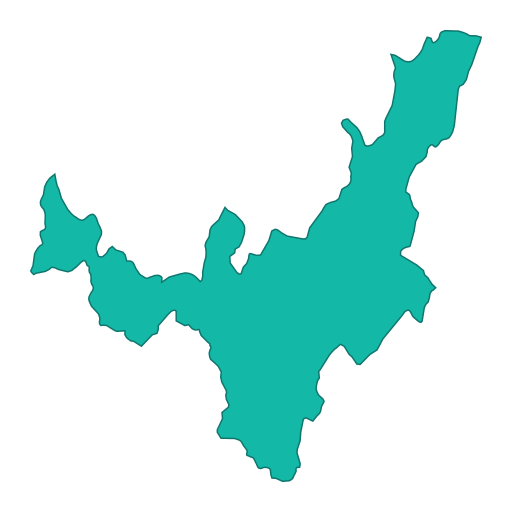 the Department of Boyacá
{"feature_id": "COL-1315", "entity_name": "Boyacá", "entity_type": "Department", "adm_level": 1, "iso_a3": "COL", "parent_name": "Colombia", "parent_adm1": "", "projection": "robinson", "projection_center": [-73.321, 5.85], "detail": "fine", "context": "isolated", "style": "filled", "palette": "teal", "viewbox_px": 512, "rotation_deg": 0, "n_neighbors": 0, "source": "natural_earth", "source_scale": "10m", "svg_char_len": 5758}
<svg xmlns="http://www.w3.org/2000/svg" viewBox="0 0 512 512"><path d="M476.2,35.9L481.2,37.2L481.0,38.0L479.8,42.6L478.0,46.4L471.7,64.7L468.5,71.4L466.4,79.5L463.2,84.3L459.4,86.3L458.2,89.6L454.3,125.6L452.5,132.2L451.0,135.0L449.0,137.8L446.1,139.1L443.8,139.4L442.0,140.2L440.4,141.5L438.9,143.9L437.2,145.9L435.8,146.9L434.4,146.6L433.5,145.8L432.7,145.0L432.1,144.7L431.1,144.9L429.7,145.9L428.2,147.7L427.3,149.6L427.2,152.1L426.0,156.6L421.6,161.2L416.1,164.3L409.2,177.0L405.9,189.0L405.8,191.0L406.1,192.3L408.7,193.9L409.7,195.1L410.6,199.6L411.7,202.1L412.3,204.6L413.3,207.0L418.4,212.8L417.9,216.4L415.6,221.4L414.1,231.0L410.4,244.9L409.8,246.4L406.0,247.3L403.3,248.5L401.7,250.0L400.6,251.5L400.6,255.3L416.7,265.0L423.4,270.5L424.6,274.9L427.9,277.8L431.8,284.0L435.7,287.7L433.2,290.1L432.0,290.6L430.8,292.2L429.9,294.0L429.4,297.5L428.7,300.1L428.0,302.2L425.9,304.3L424.8,306.5L424.2,308.2L422.1,321.2L420.9,322.4L419.5,322.0L417.3,320.4L413.6,317.2L412.5,315.9L411.0,312.8L410.0,311.2L408.8,310.2L407.1,310.4L405.1,311.4L401.2,316.6L382.8,339.0L379.2,345.9L376.9,350.0L369.8,354.5L360.2,364.4L356.9,364.1L352.2,357.1L349.1,354.3L345.1,347.7L343.8,346.0L340.4,344.3L336.5,347.8L334.7,349.1L332.2,351.6L329.4,355.0L320.1,369.8L318.7,371.5L319.3,378.2L318.1,379.7L317.6,380.8L317.1,382.5L316.2,386.7L316.2,389.3L317.0,392.0L318.7,395.2L322.8,398.9L324.1,401.3L321.5,406.6L320.6,411.1L319.6,413.2L316.8,416.1L312.8,421.1L306.5,418.0L304.2,418.3L303.2,419.9L300.7,432.3L300.1,440.8L297.3,449.2L297.0,452.9L300.2,463.8L299.6,467.3L297.1,467.3L296.2,468.5L295.8,469.4L296.1,470.4L296.0,471.4L295.5,472.6L293.5,476.4L293.0,477.9L291.7,479.3L289.5,480.7L282.6,481.3L275.7,478.2L272.0,478.1L270.9,474.7L270.3,469.4L268.8,468.1L267.2,467.5L265.5,467.4L263.9,467.4L260.9,468.5L258.9,468.2L257.6,466.7L256.8,464.6L253.5,458.0L246.9,455.3L246.6,454.1L247.3,451.2L246.1,449.0L243.7,445.9L241.1,441.4L239.6,440.2L234.8,438.5L221.0,438.2L217.3,432.3L217.3,429.8L222.5,418.7L222.0,412.5L228.5,407.1L228.9,404.6L226.3,399.2L225.8,395.1L226.6,392.4L226.1,390.2L221.9,382.2L220.7,377.1L221.3,372.1L218.7,367.1L217.9,365.9L215.2,363.3L210.7,359.4L209.8,357.1L209.3,354.5L209.3,352.5L210.1,349.8L211.1,347.5L209.9,345.5L209.9,344.0L209.7,343.7L208.2,342.5L201.2,335.5L199.6,331.5L199.2,329.6L198.2,329.5L196.9,329.9L194.9,329.9L192.3,328.8L188.5,324.7L184.9,325.6L176.2,320.9L176.2,311.3L175.1,310.3L174.3,310.2L172.7,310.6L171.2,311.3L167.5,315.0L158.2,325.8L158.3,329.2L157.0,333.3L152.3,334.8L141.4,346.2L133.5,341.2L131.0,341.0L128.4,339.2L126.6,337.6L124.9,334.6L125.0,330.8L116.8,331.3L114.9,330.6L111.9,328.8L106.5,325.4L102.8,325.2L100.7,325.4L99.7,324.1L99.4,322.5L99.8,319.0L99.8,317.8L98.5,313.9L91.4,306.1L89.1,300.8L88.8,298.9L89.1,296.6L91.2,292.5L92.8,290.3L93.3,288.0L93.0,286.2L91.7,284.2L90.9,281.3L91.1,278.0L90.9,275.6L90.6,274.1L89.4,272.3L89.1,270.4L89.1,268.6L89.3,267.6L89.2,266.8L88.8,266.4L88.1,266.1L87.5,265.7L86.9,265.0L86.6,264.1L86.3,263.1L85.9,261.9L84.8,260.7L83.4,260.6L81.0,262.3L76.0,267.2L73.5,269.0L72.0,270.4L67.9,271.8L60.0,269.9L57.8,269.2L55.3,267.9L52.3,267.3L51.2,267.6L49.2,269.4L45.3,271.4L36.2,273.2L33.6,274.5L32.8,273.5L31.5,272.3L30.8,270.9L33.0,265.8L34.6,253.9L35.9,251.2L37.8,248.2L40.1,245.7L42.1,244.7L42.8,243.2L40.3,235.3L40.4,231.8L41.4,231.0L44.1,229.7L45.0,229.1L45.6,227.4L45.5,226.0L45.2,224.8L45.0,223.4L45.3,215.6L45.0,212.8L43.9,209.7L41.5,206.6L40.6,204.8L40.4,201.9L41.2,199.4L43.4,195.0L44.7,186.8L46.9,182.0L50.1,177.9L54.8,174.2L55.6,178.5L55.8,180.1L57.2,185.9L58.9,189.5L61.4,198.3L67.8,209.6L71.4,213.8L73.6,215.8L75.9,217.2L77.3,218.3L78.7,219.2L80.3,219.9L81.9,220.3L84.2,219.6L88.5,215.9L90.8,214.6L93.0,214.3L94.8,215.7L96.4,218.2L98.3,223.9L100.1,227.4L101.5,231.1L101.4,234.5L97.4,243.1L96.4,246.9L96.3,249.8L98.5,256.4L101.3,257.0L102.4,256.8L104.4,255.3L106.7,253.1L109.0,248.9L112.3,246.5L115.9,250.0L122.9,252.2L125.2,255.0L126.7,261.0L129.8,261.0L131.6,261.5L133.3,263.0L136.2,269.2L140.0,274.6L145.9,278.3L147.8,278.2L149.8,277.2L151.1,276.9L154.5,275.6L157.4,275.3L159.1,275.5L160.9,276.4L161.9,277.5L161.7,282.3L169.2,277.1L180.0,274.0L185.3,272.9L189.1,273.4L192.5,274.7L195.5,276.7L198.7,279.9L200.1,281.6L201.8,280.2L202.3,278.2L202.7,276.3L202.7,272.1L204.3,262.7L205.9,257.1L206.1,252.7L205.9,248.8L205.1,245.7L205.9,242.4L209.2,236.7L210.0,229.8L211.8,226.3L219.0,219.7L219.8,217.7L225.0,207.4L227.6,210.3L235.2,214.5L242.0,221.6L244.0,225.2L244.6,227.5L244.6,230.8L244.0,234.7L241.5,242.4L239.0,246.9L235.2,249.0L234.8,252.1L234.6,252.9L231.0,255.6L229.7,256.5L230.2,263.0L236.8,272.4L239.1,274.1L241.1,273.8L243.3,267.2L246.7,263.5L248.5,258.8L249.1,254.5L249.7,253.7L250.8,253.6L256.4,255.4L260.6,255.0L268.9,240.5L271.8,231.0L274.8,229.4L275.8,229.4L277.6,229.9L281.8,233.0L287.2,236.1L302.6,238.9L305.6,238.9L307.2,237.0L309.7,227.8L322.2,210.8L324.0,207.4L326.1,204.4L330.7,202.4L335.8,201.0L338.9,198.6L341.9,189.3L344.8,187.4L346.7,186.6L349.3,184.2L350.5,182.0L351.0,180.1L350.8,176.6L351.3,173.0L349.1,167.2L352.5,156.5L351.7,148.4L352.9,141.2L352.2,138.6L351.0,135.7L349.5,133.8L347.8,132.5L342.7,126.7L341.5,123.2L343.1,120.3L346.4,119.1L348.0,119.1L351.2,122.5L356.9,127.6L359.7,131.6L361.5,135.6L364.9,145.3L367.8,146.2L372.3,144.7L378.3,137.8L381.6,136.1L383.4,134.8L384.7,132.5L384.7,121.4L385.9,118.3L392.2,105.4L394.9,91.0L395.6,83.8L393.9,77.3L393.8,74.5L394.1,72.0L395.5,67.8L391.0,54.4L395.1,55.3L404.7,61.2L408.2,61.9L411.3,61.4L414.2,59.4L418.7,54.8L420.7,52.0L422.4,49.1L424.2,43.9L427.2,37.2L431.0,38.3L432.2,41.8L433.2,42.7L434.8,42.3L436.3,41.2L437.9,39.4L439.0,37.8L439.5,36.3L439.7,35.0L440.3,33.3L441.4,32.1L444.9,30.7L458.5,31.1L463.1,32.5L466.4,33.8L469.6,35.7L476.2,35.9Z" fill="#14b8a6" stroke="#0f766e" stroke-width="1.5"/></svg>